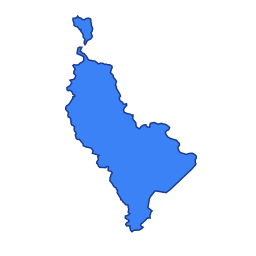 Campo Alegre, Santa Catarina, Brazil (Natural Earth projection), rotated 280°
{"feature_id": "56859067B1818648159801", "entity_name": "Campo Alegre", "entity_type": "district", "adm_level": 2, "iso_a3": "BRA", "parent_name": "Brazil", "parent_adm1": "Santa Catarina", "projection": "natural_earth1", "projection_center": [-49.182, -26.127], "detail": "fine", "context": "isolated", "style": "filled", "palette": "blue", "viewbox_px": 256, "rotation_deg": 280, "n_neighbors": 0, "source": "geoboundaries", "source_scale": "gbopen_adm2", "svg_char_len": 4107}
<svg xmlns="http://www.w3.org/2000/svg" viewBox="0 0 256 256"><g transform="rotate(280 128 128)"><path d="M56.2,133.2L55.8,134.7L54.1,136.1L53.2,137.7L52.0,139.1L52.1,141.4L50.0,142.0L48.3,142.8L46.6,142.8L45.0,142.8L43.9,144.6L42.8,143.8L41.7,142.4L40.9,140.8L39.0,140.8L37.9,142.9L37.6,144.5L35.9,145.3L34.8,143.4L32.8,142.4L31.3,143.7L31.6,145.1L32.0,146.9L29.9,147.3L27.7,148.4L26.5,149.9L28.3,151.7L29.0,154.4L29.3,156.4L30.4,157.7L31.5,159.2L32.9,160.1L33.4,158.3L34.7,157.3L36.1,157.5L37.0,158.8L38.4,159.7L39.6,160.7L40.9,161.6L42.3,162.3L43.0,164.0L43.2,165.5L44.4,165.0L45.9,164.7L47.2,165.1L49.2,165.1L50.5,166.1L53.0,161.4L55.6,161.4L60.1,161.4L61.7,161.4L63.3,161.5L70.8,165.6L70.9,170.8L70.9,173.0L70.9,174.6L71.0,176.8L74.9,180.4L91.8,192.9L98.4,197.8L103.2,200.7L104.5,201.1L105.7,200.3L107.0,200.0L108.5,199.7L109.9,200.4L112.0,200.2L113.2,198.7L114.3,196.1L113.9,193.6L113.0,191.8L112.0,189.8L112.5,187.7L112.6,185.4L113.1,183.4L114.7,181.9L116.4,180.8L118.3,180.6L119.9,181.7L121.8,181.2L122.9,179.4L124.5,177.7L124.5,175.8L124.9,173.1L125.2,171.1L125.8,169.3L126.9,167.9L128.0,166.8L129.4,165.7L131.2,166.0L132.3,166.7L133.0,168.0L134.3,168.7L135.8,168.9L137.2,166.5L138.1,164.4L138.1,161.8L138.4,159.9L137.5,158.4L137.1,157.0L137.4,155.0L138.0,153.0L137.4,151.1L136.3,149.1L134.2,149.1L132.5,149.1L132.3,147.1L133.1,145.6L134.3,145.1L133.9,143.5L133.2,142.2L132.3,141.2L131.1,140.4L129.3,139.5L129.7,137.8L130.6,136.1L132.1,135.4L134.0,135.0L136.0,133.3L136.9,131.9L138.3,130.9L140.1,130.9L141.6,130.7L141.5,129.2L142.0,127.4L142.0,125.1L142.4,123.3L142.8,121.4L144.2,120.9L145.9,120.4L148.1,121.5L149.9,122.8L151.6,122.3L151.0,121.0L150.7,119.3L152.2,118.4L152.9,116.4L154.3,114.8L156.3,114.2L158.1,115.1L160.1,113.9L161.6,112.7L163.2,111.3L165.1,109.7L166.9,109.3L167.7,108.2L169.0,108.3L170.4,108.3L171.9,108.5L173.6,107.1L174.9,105.3L175.9,104.6L177.2,104.3L178.4,102.8L179.5,101.0L181.3,101.3L183.2,101.3L184.6,102.0L186.3,101.3L187.1,98.9L186.7,96.9L187.1,95.5L186.6,94.1L187.3,92.2L187.1,89.6L186.0,87.8L186.9,86.3L188.1,84.0L188.1,82.1L188.1,80.0L188.1,77.9L188.8,76.6L189.9,75.9L191.4,74.5L192.7,72.9L193.6,71.9L193.7,70.2L194.8,69.0L195.2,67.6L197.1,67.9L199.5,68.5L199.2,66.3L198.1,64.9L196.3,64.8L194.2,64.8L192.4,64.9L192.0,66.5L191.6,68.4L191.1,70.2L190.5,71.9L188.5,72.4L186.5,72.7L184.8,71.3L183.7,69.6L182.4,68.8L181.4,67.6L180.9,65.5L181.0,63.8L180.0,62.9L178.4,64.2L177.2,65.6L175.8,65.4L174.3,64.9L172.4,65.0L170.8,67.4L168.6,67.3L166.7,66.5L165.9,64.5L165.0,62.5L163.7,64.0L162.4,64.8L161.1,64.1L159.4,63.4L158.5,62.2L157.2,60.8L155.3,61.3L154.3,62.5L155.0,64.2L154.3,66.0L153.2,67.0L151.8,67.8L151.0,69.9L149.7,70.0L149.3,68.3L147.4,68.5L145.8,67.6L144.1,67.0L142.4,66.4L140.7,65.3L139.1,63.6L137.3,63.1L135.6,63.4L134.1,65.1L133.0,66.5L131.6,66.7L130.3,66.6L128.6,67.1L128.2,69.1L127.1,69.8L125.8,70.4L124.3,70.7L122.5,71.2L121.2,72.1L120.7,74.0L119.7,75.2L117.6,75.1L115.7,75.8L114.9,77.0L113.5,78.0L112.0,77.3L110.6,78.0L108.9,78.7L108.0,80.1L108.3,82.1L106.8,83.8L105.9,85.1L104.3,86.6L102.8,87.0L102.2,89.0L102.0,91.2L101.9,92.9L102.0,94.7L100.8,96.3L99.3,97.7L96.9,97.3L96.7,99.7L96.3,102.5L95.9,104.2L94.6,103.1L93.1,103.9L91.6,104.3L89.4,103.2L87.7,103.3L87.0,104.7L85.4,105.5L84.3,107.0L84.8,110.3L85.0,112.9L86.4,114.0L86.3,115.5L84.7,115.5L82.6,115.9L82.3,118.9L80.9,120.3L79.5,119.5L77.6,119.3L75.7,118.9L74.1,119.3L72.9,119.3L71.7,120.7L70.6,122.1L69.3,123.1L67.8,124.4L67.0,126.6L65.5,127.4L64.3,128.7L62.6,128.5L61.3,129.5L60.2,130.6L59.0,131.5L57.6,132.9L56.2,133.2ZM223.8,55.5L222.0,56.6L219.8,57.0L219.1,58.5L218.7,60.8L217.5,62.4L216.4,63.1L216.8,64.6L215.2,64.7L214.2,65.7L213.1,67.0L211.4,67.8L209.7,68.1L208.3,69.8L207.2,70.6L206.0,69.9L204.0,70.1L202.6,71.2L203.8,71.8L205.6,72.2L207.3,73.1L208.6,74.9L209.6,76.1L211.0,76.7L212.4,76.9L214.0,75.6L215.6,75.3L217.6,75.9L219.9,75.9L221.6,74.9L222.8,74.0L224.0,73.9L225.9,73.0L228.0,72.7L229.1,71.8L229.3,69.9L228.5,67.7L227.1,66.2L226.9,64.2L228.1,62.5L228.1,60.6L229.5,59.0L228.1,58.5L227.1,57.2L226.6,54.9L225.1,54.9L223.8,55.5Z" fill="#3b82f6" stroke="#1e3a8a" stroke-width="1.5"/></g></svg>